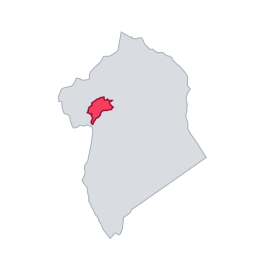 Uganda, with Nwoya highlighted, rotated 325°
{"feature_id": "UGA-5625", "entity_name": "Nwoya", "entity_type": "District", "adm_level": 1, "iso_a3": "UGA", "parent_name": "Uganda", "parent_adm1": "", "projection": "mercator", "projection_center": [31.834, 2.49], "detail": "fine", "context": "in_parent", "style": "filled", "palette": "rose", "viewbox_px": 256, "rotation_deg": 325, "n_neighbors": 0, "source": "natural_earth", "source_scale": "10m", "svg_char_len": 3329}
<svg xmlns="http://www.w3.org/2000/svg" viewBox="0 0 256 256"><g transform="rotate(325 128 128)"><path d="M175.3,197.0L172.2,197.0L167.0,197.0L161.9,197.0L156.7,197.0L151.6,197.0L146.4,197.0L141.3,197.0L136.1,197.0L131.0,197.0L125.8,197.0L120.6,197.0L115.5,197.0L110.3,197.0L105.2,197.0L100.0,197.0L94.9,197.0L89.7,197.0L86.7,197.0L86.1,196.9L85.6,196.8L83.7,197.1L81.7,198.4L79.5,198.9L77.3,198.7L77.0,198.9L75.8,198.8L74.1,198.7L72.6,199.1L71.5,200.2L70.3,202.1L68.2,204.3L66.5,206.2L65.1,207.6L61.9,209.9L60.2,210.5L59.3,210.4L58.8,210.0L57.8,207.1L57.1,206.6L50.9,208.1L49.9,208.2L50.0,207.3L49.6,200.4L49.5,196.3L50.3,193.6L50.8,190.6L50.8,188.0L52.0,183.4L51.6,180.7L53.0,171.2L53.4,169.7L54.0,165.1L54.9,163.7L55.8,163.1L56.8,160.3L58.9,155.8L60.3,153.5L60.0,148.4L60.2,144.9L60.5,144.2L63.6,142.9L67.5,139.7L69.2,135.9L71.5,133.6L76.0,132.0L89.5,119.1L95.8,112.2L98.5,108.6L98.6,107.4L99.1,105.7L98.0,104.4L96.7,103.2L96.3,102.1L95.2,101.5L93.6,101.6L92.5,100.8L91.3,99.2L90.1,98.2L86.3,98.3L83.3,96.7L83.4,94.5L84.5,90.3L86.7,85.3L86.9,84.0L86.5,82.8L86.0,81.9L85.0,80.9L84.0,79.7L84.8,76.2L86.2,72.7L87.3,71.0L88.5,69.0L88.1,67.4L86.5,66.7L87.4,65.1L89.1,62.5L92.6,59.9L95.6,58.1L97.6,58.1L101.5,59.5L105.1,61.1L107.0,61.2L109.4,60.5L114.3,57.6L115.5,58.5L116.9,60.3L118.5,63.3L121.6,64.6L123.1,65.5L124.1,65.8L124.7,65.6L125.9,63.3L127.3,62.0L129.9,60.4L135.7,59.1L139.8,58.7L141.5,58.5L144.5,57.7L149.1,55.3L153.6,58.4L158.6,59.0L163.3,59.0L164.8,58.1L165.6,57.3L170.7,52.3L177.5,45.5L182.0,55.1L183.5,55.6L183.3,56.5L182.9,57.3L185.9,59.6L189.5,60.8L190.8,62.0L191.0,63.3L189.7,68.9L190.0,70.5L191.1,76.2L193.3,77.4L195.2,83.1L199.1,85.5L199.7,86.2L200.6,88.9L201.8,91.9L202.7,92.6L203.3,92.8L204.4,96.0L203.7,97.8L204.6,103.2L206.1,108.1L206.5,113.9L206.5,116.5L206.5,118.1L206.1,120.3L205.4,121.5L204.2,122.8L202.8,124.7L201.6,126.8L200.9,127.9L201.5,131.0L201.3,131.8L201.0,132.2L199.2,132.7L197.0,133.6L195.6,134.4L193.7,136.0L192.1,137.7L190.1,142.8L186.6,146.7L186.1,148.0L182.8,150.4L181.4,153.3L180.5,156.8L179.2,159.4L176.5,162.9L175.9,168.4L176.0,179.5L175.3,192.0L175.3,197.0Z" fill="#d9dde1" stroke="#a8b0b8" stroke-width="1"/><path d="M130.7,96.3L129.5,96.4L128.3,96.3L127.2,96.6L127.0,97.8L127.2,100.2L127.7,102.5L126.7,102.4L126.4,102.5L126.2,102.6L125.7,103.1L125.4,103.2L124.7,103.2L123.7,102.5L122.8,102.2L122.1,101.8L121.8,101.7L120.9,101.6L120.6,101.5L119.5,100.4L118.9,100.2L118.2,99.7L117.8,99.5L117.5,99.4L117.2,99.5L117.0,99.4L116.7,99.3L116.2,99.5L115.0,99.7L114.5,99.9L114.0,100.2L113.1,101.3L110.3,102.2L109.8,102.3L109.6,102.2L109.3,101.9L109.0,101.9L107.0,101.9L106.6,102.0L105.6,102.6L104.2,102.9L102.7,104.0L102.0,104.2L101.8,104.3L101.2,104.7L100.8,103.1L101.0,102.3L102.1,101.2L103.6,100.4L104.3,100.0L104.7,99.6L104.8,98.9L104.9,98.1L105.0,97.7L105.1,97.0L105.4,96.5L105.8,96.3L106.1,96.2L106.4,96.0L106.5,95.7L106.5,95.4L106.4,95.2L106.1,95.2L105.8,95.3L105.5,95.3L105.0,94.9L104.6,93.6L104.2,93.0L103.8,92.6L103.5,92.0L104.7,91.6L105.7,90.7L107.0,89.3L108.2,88.7L111.6,88.7L112.0,87.5L112.8,86.8L119.7,86.7L120.8,87.3L121.8,87.4L123.1,87.4L124.2,88.1L125.4,88.5L126.0,88.8L125.6,89.7L125.1,90.4L124.9,91.2L125.3,92.1L126.1,92.6L127.9,92.7L127.8,93.1L127.9,93.7L128.0,94.2L128.4,95.0L129.2,95.5L130.1,95.8L130.7,96.3Z" fill="#f43f5e" stroke="#9f1239" stroke-width="1.5"/></g></svg>